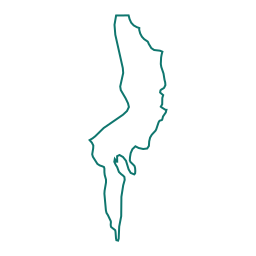 Davao Oriental, Robinson projection
{"feature_id": "PHL-2597", "entity_name": "Davao Oriental", "entity_type": "Province", "adm_level": 1, "iso_a3": "PHL", "parent_name": "Philippines", "parent_adm1": "", "projection": "robinson", "projection_center": [126.309, 7.14], "detail": "fine", "context": "isolated", "style": "outline", "palette": "teal", "viewbox_px": 256, "rotation_deg": 0, "n_neighbors": 0, "source": "natural_earth", "source_scale": "10m", "svg_char_len": 1707}
<svg xmlns="http://www.w3.org/2000/svg" viewBox="0 0 256 256"><path d="M139.3,28.0L139.2,29.8L140.2,33.5L141.9,36.7L144.1,39.1L147.6,41.5L148.1,42.2L148.6,43.6L151.3,48.1L154.1,50.0L160.0,50.7L162.4,51.7L161.6,54.7L161.1,57.6L160.8,64.0L161.3,67.0L163.5,73.5L164.5,79.7L165.2,82.5L165.4,85.1L164.1,87.8L162.7,88.8L161.5,89.4L160.5,90.3L160.1,92.4L160.5,92.9L163.2,95.1L162.3,98.0L162.2,104.3L160.8,106.7L161.8,107.5L165.6,109.9L166.4,109.9L165.8,112.4L163.0,116.5L162.4,118.9L162.0,119.9L161.1,120.3L160.1,120.5L159.3,121.1L158.6,122.3L156.2,129.4L155.5,130.7L151.8,134.7L150.1,137.6L149.2,141.3L148.9,145.9L147.2,148.5L143.2,149.0L138.7,148.0L135.4,146.3L132.4,149.2L130.7,153.1L130.0,157.1L129.8,160.4L130.5,162.0L133.6,165.0L134.6,166.2L135.1,168.2L135.3,171.0L135.1,173.4L134.2,174.4L130.7,172.9L128.6,169.3L126.0,160.8L123.0,157.0L119.5,155.0L117.1,156.2L117.2,161.7L116.4,161.7L116.1,160.9L114.8,159.0L114.3,161.8L115.6,164.6L117.2,167.2L118.9,171.9L121.0,174.0L123.2,175.7L124.4,177.0L124.7,179.9L123.2,185.3L121.4,196.8L121.2,216.2L119.2,226.6L118.7,238.5L118.1,240.6L116.4,240.2L116.0,238.3L115.5,231.7L115.2,230.2L111.2,227.1L110.8,225.9L110.7,224.3L110.9,222.7L110.8,221.2L107.9,215.1L106.5,212.9L105.9,210.3L104.4,193.7L104.6,190.7L106.0,182.5L106.0,179.6L104.7,174.9L104.4,172.1L104.4,168.6L104.0,167.1L102.6,166.4L99.7,165.4L97.4,163.9L92.9,156.8L92.2,154.3L93.2,148.2L93.3,145.5L91.9,142.7L89.6,140.1L92.5,138.4L95.2,136.3L103.7,128.0L122.9,114.8L127.0,111.0L128.9,107.0L128.0,103.3L125.6,98.3L120.8,90.1L120.2,86.5L123.2,73.0L122.8,68.1L115.3,34.7L114.5,24.8L116.1,15.5L128.6,15.4L129.6,19.2L131.2,22.7L133.7,25.4L136.9,27.2L139.3,28.0Z" fill="none" stroke="#0f766e" stroke-width="2"/></svg>